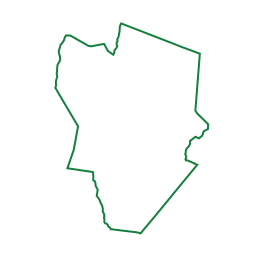 the district of Nsoc Nsomo, Kié-Ntem, Equatorial Guinea, rotated 188°
{"feature_id": "11065452B43435483695389", "entity_name": "Nsoc Nsomo", "entity_type": "district", "adm_level": 2, "iso_a3": "GNQ", "parent_name": "Equatorial Guinea", "parent_adm1": "Kié-Ntem", "projection": "natural_earth1", "projection_center": [11.077, 1.936], "detail": "fine", "context": "isolated", "style": "outline", "palette": "green", "viewbox_px": 256, "rotation_deg": 188, "n_neighbors": 0, "source": "geoboundaries", "source_scale": "gbopen_adm2", "svg_char_len": 2541}
<svg xmlns="http://www.w3.org/2000/svg" viewBox="0 0 256 256"><g transform="rotate(188 128 128)"><path d="M149.4,59.6L149.5,58.8L149.6,57.6L149.5,56.7L149.5,56.3L148.9,55.9L148.8,55.7L147.6,54.5L147.5,54.4L145.9,52.5L144.3,49.4L143.9,49.1L143.2,48.0L142.6,46.9L142.5,46.7L141.7,44.6L141.7,44.4L141.4,42.0L140.7,40.8L140.2,40.1L140.0,39.9L139.2,37.8L139.1,37.6L139.1,37.4L139.1,37.1L139.5,36.0L138.9,35.1L138.9,34.9L138.8,34.7L138.6,33.6L138.3,31.5L137.5,30.5L136.2,30.3L135.8,30.2L134.7,29.4L134.5,29.2L134.4,29.1L133.9,28.0L133.3,27.3L132.4,27.1L132.1,26.9L131.9,26.7L131.0,25.4L104.7,25.9L103.2,25.7L100.9,25.4L97.5,30.9L88.6,45.1L88.2,45.8L87.8,46.5L87.4,47.1L87.0,47.8L86.9,47.9L82.1,55.8L75.4,66.7L74.9,67.6L54.4,101.1L54.5,101.1L55.3,101.4L57.4,102.2L57.5,102.2L57.5,102.3L58.6,102.5L59.6,102.8L60.6,103.2L60.8,103.2L61.8,103.4L62.6,103.7L64.5,104.1L65.5,104.2L66.2,104.4L66.3,104.3L66.4,104.5L66.7,105.0L66.7,105.7L66.5,106.0L66.4,106.5L66.4,107.3L66.4,107.6L66.4,107.8L67.0,109.1L67.2,109.4L67.6,109.8L67.6,110.0L67.6,110.8L67.5,111.5L67.4,112.0L67.4,112.4L67.6,113.8L67.5,114.5L67.4,114.9L66.9,115.9L66.5,116.6L66.2,117.0L65.9,117.3L65.8,117.5L65.2,118.3L65.2,118.5L64.8,119.7L64.4,120.6L64.4,120.8L64.4,121.0L64.4,122.0L64.4,122.3L64.7,123.6L64.8,123.8L60.0,128.7L56.3,127.6L53.7,130.5L53.2,131.7L52.6,135.3L48.7,138.1L49.2,142.9L61.7,152.2L63.7,154.6L67.2,211.6L87.0,215.9L94.3,217.7L149.3,230.6L150.0,228.1L150.1,227.8L150.1,225.9L149.9,223.9L149.8,222.2L150.0,220.2L150.0,217.9L150.2,216.5L150.9,214.4L151.0,214.2L150.9,214.0L150.9,213.8L150.4,212.7L151.0,211.5L151.1,211.4L151.1,211.1L150.9,209.3L150.9,209.1L150.8,208.9L150.1,207.8L150.3,206.4L150.9,205.1L152.1,203.3L152.2,203.2L152.2,202.9L152.2,201.2L152.3,199.8L152.8,198.5L158.6,201.5L163.4,207.9L168.7,206.2L175.5,203.8L178.5,203.8L198.2,211.6L201.8,211.0L202.2,211.1L203.2,209.0L203.6,206.1L204.9,203.1L206.3,201.3L206.7,198.0L207.1,195.6L207.3,194.0L206.3,191.3L206.0,190.8L205.3,189.3L204.9,186.9L204.9,184.7L205.7,182.9L206.5,181.0L206.6,179.1L206.4,176.7L206.1,173.8L206.2,171.8L205.2,169.2L205.6,167.0L205.7,165.6L205.9,164.2L205.7,162.9L205.3,161.0L205.3,159.0L205.5,157.6L177.7,122.7L178.7,98.7L182.4,79.7L156.7,79.5L156.4,78.8L156.0,77.2L155.4,74.5L155.4,74.4L155.4,72.5L155.0,71.2L153.9,71.0L153.8,70.9L153.6,70.8L153.5,70.7L153.4,70.6L152.8,69.3L152.8,69.2L152.7,69.1L152.2,67.1L151.7,65.7L150.7,64.5L149.6,63.0L149.5,62.8L149.4,62.7L149.4,62.3L149.4,62.2L149.5,61.3L149.4,59.9L149.4,59.7L149.4,59.6Z" fill="none" stroke="#15803d" stroke-width="2"/></g></svg>